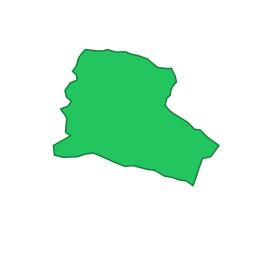 the district of Agios Andronikos Trikomou, Cyprus, rotated 137°
{"feature_id": "46923920B63709506451414", "entity_name": "Agios Andronikos Trikomou", "entity_type": "district", "adm_level": 2, "iso_a3": "CYP", "parent_name": "Cyprus", "parent_adm1": "", "projection": "robinson", "projection_center": [33.858, 35.342], "detail": "fine", "context": "isolated", "style": "filled", "palette": "green", "viewbox_px": 256, "rotation_deg": 137, "n_neighbors": 0, "source": "geoboundaries", "source_scale": "gbopen_adm2", "svg_char_len": 1001}
<svg xmlns="http://www.w3.org/2000/svg" viewBox="0 0 256 256"><g transform="rotate(137 128 128)"><path d="M73.5,53.1L74.3,58.1L75.6,63.1L76.4,69.8L76.4,76.9L80.3,81.9L80.3,87.3L80.7,92.3L82.0,96.9L84.9,107.3L85.8,113.2L85.4,119.4L79.4,123.2L74.7,123.2L71.3,126.1L66.3,128.2L61.2,128.6L58.2,133.6L56.8,138.2L56.6,138.7L55.6,142.0L59.0,144.9L65.0,152.0L66.2,160.3L66.7,165.3L71.3,174.1L75.6,180.3L77.7,185.3L84.9,191.6L87.5,195.8L89.6,199.5L94.3,201.6L99.4,207.0L105.7,214.5L110.8,214.1L116.4,212.9L123.1,208.7L129.9,207.4L129.5,202.0L132.5,197.8L139.7,200.4L148.6,198.3L152.0,192.4L151.2,186.2L156.7,184.9L164.3,187.8L165.2,181.2L166.0,177.0L169.8,173.7L176.7,167.3L175.2,161.6L181.8,162.9L194.4,166.1L200.4,158.3L195.1,150.5L184.4,141.4L177.1,138.1L170.5,133.5L165.2,121.8L161.2,112.0L156.6,102.3L149.9,97.0L142.6,85.3L137.3,78.8L134.0,67.7L129.4,61.9L126.1,55.4L121.4,49.5L119.7,41.5L112.5,45.2L103.6,50.2L94.3,54.8L87.1,50.6L73.5,53.1Z" fill="#22c55e" stroke="#15803d" stroke-width="1.5"/></g></svg>